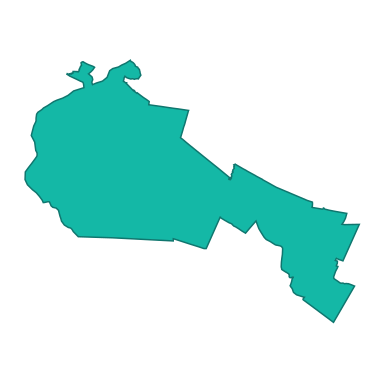 the district of Ramnicu Sarat, Buzau, Romania, rotated 89°
{"feature_id": "2599482B97788702400166", "entity_name": "Ramnicu Sarat", "entity_type": "district", "adm_level": 2, "iso_a3": "ROU", "parent_name": "Romania", "parent_adm1": "Buzau", "projection": "orthographic", "projection_center": [27.083, 45.416], "detail": "fine", "context": "isolated", "style": "filled", "palette": "teal", "viewbox_px": 384, "rotation_deg": 89, "n_neighbors": 0, "source": "geoboundaries", "source_scale": "gbopen_adm2", "svg_char_len": 5687}
<svg xmlns="http://www.w3.org/2000/svg" viewBox="0 0 384 384"><g transform="rotate(89 192 192)"><path d="M200.0,340.9L199.9,339.6L199.2,336.2L199.4,334.7L203.4,333.1L204.9,331.4L205.7,328.1L208.0,325.8L213.9,324.4L216.3,323.6L218.8,323.0L222.8,320.2L225.3,316.3L225.9,314.0L227.3,312.6L229.5,311.4L234.7,306.5L236.4,272.1L240.6,211.6L238.4,211.5L239.4,208.4L244.0,195.0L247.0,186.0L248.5,181.8L248.8,180.9L248.8,180.5L248.8,179.4L248.8,178.8L248.6,178.7L217.0,164.0L217.9,164.1L218.3,163.8L221.4,158.9L221.6,158.4L222.1,157.7L223.6,155.1L223.9,154.1L224.3,153.4L224.4,153.2L224.5,153.0L224.5,152.8L224.7,152.7L225.1,152.4L225.8,151.8L226.0,151.5L226.6,151.0L227.0,150.4L227.1,150.2L227.2,149.9L227.2,149.7L227.6,149.0L229.4,146.2L230.9,144.1L231.8,142.8L232.1,142.5L232.4,141.9L234.1,139.2L228.6,134.4L222.1,128.5L222.7,128.3L228.7,126.2L230.0,125.7L234.0,123.4L238.6,120.6L240.7,118.7L240.9,118.4L241.7,116.9L243.0,114.5L244.9,111.7L246.2,109.7L246.4,109.2L246.6,108.6L246.7,107.8L247.3,105.3L247.4,104.8L247.6,104.4L247.9,103.8L248.2,103.5L248.6,103.1L249.0,102.8L249.5,102.5L249.8,102.4L251.0,102.4L255.9,102.7L259.7,103.3L262.8,103.7L263.4,103.8L267.8,104.1L268.3,104.1L269.1,104.0L270.1,103.7L270.4,103.7L271.0,103.6L271.4,103.1L273.8,99.5L273.8,99.2L274.8,97.9L275.5,96.7L275.9,96.6L276.3,96.5L276.4,96.3L276.6,96.3L276.7,96.2L277.2,96.2L277.6,96.3L277.9,96.3L278.4,96.3L278.8,96.1L279.2,95.8L279.3,95.4L279.4,94.7L279.3,94.3L279.0,93.4L278.9,92.7L279.0,92.3L279.3,92.4L279.8,92.8L280.3,93.2L280.9,93.5L281.4,93.5L283.8,94.1L285.8,94.8L286.8,95.2L287.3,95.5L287.6,95.4L288.4,95.0L289.7,94.0L290.3,93.6L290.7,93.4L293.8,92.4L294.3,92.1L296.5,89.4L296.8,88.8L297.1,87.8L298.8,82.9L299.1,82.1L299.2,81.5L300.7,82.7L301.1,82.9L301.3,82.9L301.6,82.8L301.9,82.5L303.7,80.1L304.8,78.7L305.7,77.5L324.8,52.8L288.9,31.1L287.7,33.9L286.4,37.2L286.4,38.0L286.2,39.0L286.2,39.7L286.4,41.0L286.2,41.5L285.8,42.3L285.7,42.8L285.8,44.6L285.6,45.3L281.5,51.0L280.9,51.7L279.2,51.8L273.8,49.8L270.7,48.1L269.0,47.4L268.5,49.0L267.0,48.6L266.5,48.2L266.0,48.0L265.1,47.9L263.7,47.8L263.0,49.8L262.9,49.7L262.2,49.5L261.3,49.1L260.9,48.8L261.0,48.7L261.6,47.2L262.0,46.3L262.3,45.7L262.7,44.4L263.5,42.3L227.3,25.3L227.3,27.5L227.3,33.6L227.3,35.1L227.3,37.3L227.3,40.1L226.9,42.6L224.2,40.7L220.9,39.0L216.1,37.6L213.9,49.1L212.6,55.2L211.7,58.5L211.7,58.8L211.4,59.5L211.1,59.9L210.8,60.2L210.4,60.4L210.3,60.7L210.3,60.9L210.5,61.0L210.8,61.0L211.1,61.2L211.3,61.5L211.4,62.0L209.7,71.3L209.4,72.3L209.2,72.3L208.6,72.0L208.1,71.9L206.9,71.8L206.0,71.7L204.2,71.8L202.4,77.0L197.0,89.1L190.2,104.4L188.8,107.6L181.1,120.9L180.6,121.4L177.5,127.1L176.6,128.5L172.4,135.9L171.0,138.1L169.7,140.5L166.6,145.6L165.1,148.1L164.9,148.3L165.1,148.6L165.5,149.6L165.6,149.8L165.8,149.7L166.2,149.3L166.5,149.1L167.2,149.2L167.4,149.4L167.4,149.7L167.6,149.8L168.0,149.7L168.4,149.5L168.9,149.3L169.2,149.4L169.5,149.8L170.0,150.2L170.3,150.4L170.6,150.7L170.8,150.7L171.4,150.8L172.1,151.1L172.5,151.2L172.8,150.8L172.8,150.7L173.0,150.7L173.5,151.1L174.1,151.7L174.8,152.2L175.2,152.4L175.6,152.2L175.9,152.0L176.2,152.0L176.6,152.0L177.0,152.0L177.3,152.0L177.5,152.1L177.8,152.3L177.9,152.5L178.0,152.8L178.4,152.7L178.7,152.4L179.0,152.4L179.1,152.6L179.4,152.8L180.3,153.3L180.3,153.7L180.1,154.4L180.0,154.7L180.0,154.9L179.9,155.0L179.7,155.0L179.4,154.8L178.6,153.8L168.8,165.3L161.0,174.7L145.4,193.3L141.8,197.5L139.2,200.4L137.5,202.6L137.4,202.6L136.9,202.3L136.6,202.2L130.0,200.1L128.2,199.6L126.3,199.0L125.4,198.6L123.3,197.9L120.8,197.2L114.9,195.4L111.6,194.4L110.8,194.2L110.4,194.0L108.7,204.1L107.9,209.6L107.6,211.3L107.4,212.7L105.9,221.6L104.3,231.9L104.0,233.7L102.6,233.5L100.8,233.2L98.6,236.1L97.8,237.3L96.4,239.3L94.6,241.6L91.9,245.0L92.3,245.4L90.3,247.9L90.0,247.6L89.1,248.5L89.5,249.0L82.3,255.8L81.8,255.4L81.6,255.4L81.6,255.9L81.6,256.5L81.4,256.8L80.4,258.0L80.3,258.6L79.7,258.6L78.1,258.1L76.8,257.9L75.8,257.4L75.1,257.0L76.4,255.6L77.2,253.7L78.0,251.2L77.7,249.5L78.3,247.5L78.0,246.8L77.7,244.6L77.8,244.5L77.9,244.2L77.9,243.9L78.0,243.7L76.2,242.5L75.8,242.2L74.3,241.1L72.4,241.7L71.4,241.9L71.0,241.9L69.4,242.3L68.8,242.4L68.5,242.5L68.3,242.7L67.9,243.1L67.1,243.7L66.7,244.0L66.3,244.1L66.1,244.4L66.0,244.6L66.0,244.8L65.8,245.3L65.4,246.0L65.2,246.4L65.1,246.5L64.6,246.5L63.3,247.1L63.1,247.3L62.3,248.0L61.9,248.3L61.0,249.5L60.9,249.8L60.7,250.1L60.5,250.7L60.1,251.0L59.2,251.3L62.2,256.2L63.8,260.0L65.7,263.3L67.2,269.1L69.3,272.2L75.9,274.9L79.6,279.6L81.3,285.5L82.9,289.6L80.3,290.3L78.8,289.6L77.9,289.3L76.4,289.6L75.7,289.8L75.0,290.1L72.1,293.4L71.9,293.1L70.7,291.8L70.2,291.1L68.5,289.4L68.2,289.1L65.6,287.2L65.5,287.3L64.8,288.5L64.6,288.9L64.2,289.8L63.1,292.7L62.3,294.5L61.2,296.5L60.4,297.8L60.0,298.4L60.2,298.6L59.9,299.0L60.1,299.7L60.7,300.5L60.9,300.7L62.0,300.5L63.6,300.3L64.3,301.2L65.8,301.8L66.9,302.4L67.6,302.7L67.8,302.4L69.8,303.4L69.8,304.5L69.6,304.5L69.4,308.7L69.4,308.8L70.9,308.9L70.9,309.7L71.4,309.7L71.4,310.9L72.0,310.9L71.7,312.1L71.6,312.6L72.7,312.8L71.9,314.1L71.5,314.7L72.1,315.0L73.5,312.8L73.9,312.4L74.0,312.1L74.7,310.7L77.3,305.4L79.3,301.5L79.8,300.3L80.2,299.5L80.5,299.1L81.0,298.9L81.6,298.7L82.4,298.6L82.8,298.5L84.9,298.3L85.8,298.2L88.9,308.6L93.2,314.2L95.9,319.7L97.8,325.4L99.2,328.7L103.1,334.8L105.4,339.0L107.0,340.7L109.6,344.7L111.5,346.0L115.3,346.6L118.2,346.7L119.3,347.1L123.3,349.1L128.7,350.6L132.7,351.7L139.4,348.4L147.7,347.5L150.1,346.3L151.5,346.2L153.0,346.3L153.9,346.7L156.5,348.6L160.8,351.9L164.5,354.9L169.0,358.3L176.7,358.7L181.9,356.4L187.0,351.4L190.0,347.7L193.5,344.8L197.6,341.9L200.0,340.9Z" fill="#14b8a6" stroke="#0f766e" stroke-width="1.5"/></g></svg>